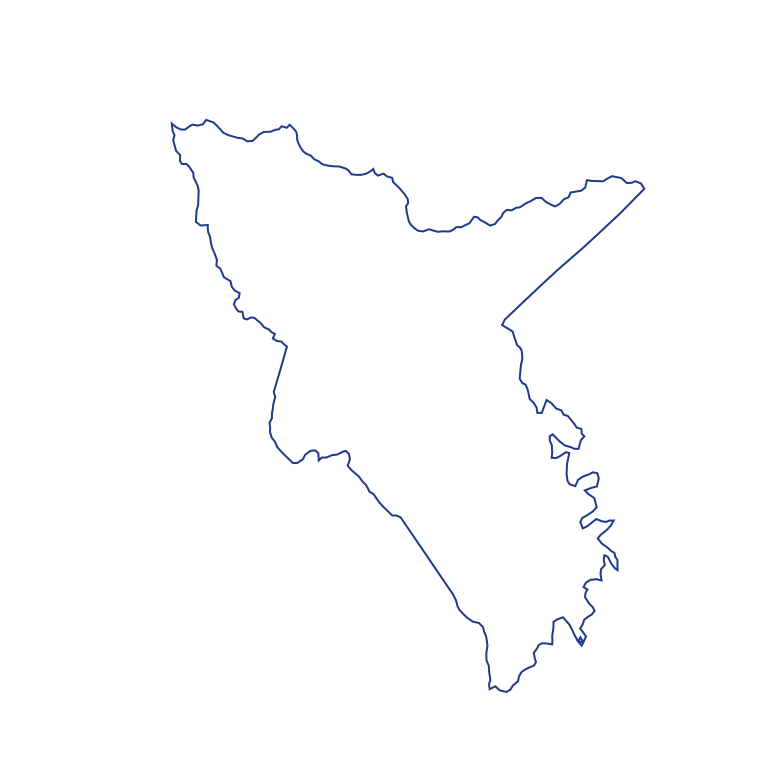 Ipiranga, Paraná, Brazil (Mercator projection), rotated 16°
{"feature_id": "56859067B27547702654677", "entity_name": "Ipiranga", "entity_type": "district", "adm_level": 2, "iso_a3": "BRA", "parent_name": "Brazil", "parent_adm1": "Paraná", "projection": "mercator", "projection_center": [-50.567, -25.008], "detail": "fine", "context": "isolated", "style": "outline", "palette": "blue", "viewbox_px": 768, "rotation_deg": 16, "n_neighbors": 0, "source": "geoboundaries", "source_scale": "gbopen_adm2", "svg_char_len": 4918}
<svg xmlns="http://www.w3.org/2000/svg" viewBox="0 0 768 768"><g transform="rotate(16 384 384)"><path d="M569.7,648.2L574.4,643.9L579.6,646.6L586.6,646.3L589.7,643.0L591.0,638.3L594.7,632.9L594.4,627.5L595.6,622.9L598.7,619.2L602.9,615.6L605.7,613.4L606.8,609.4L604.3,605.8L602.1,601.1L603.9,596.3L604.8,592.2L607.2,589.7L612.6,588.5L617.4,587.9L616.5,583.9L615.1,579.7L614.0,571.4L612.5,565.9L615.8,562.2L620.3,558.9L628.6,564.2L632.9,568.8L636.9,573.4L641.7,578.0L642.6,573.4L646.9,577.2L647.8,571.0L643.7,567.7L639.9,565.1L641.2,560.5L641.4,555.5L643.8,552.1L647.4,548.1L649.0,544.0L645.7,540.6L642.4,539.0L639.1,536.2L635.8,533.2L635.4,529.0L636.2,525.5L631.8,524.2L632.8,519.3L636.5,515.3L642.1,513.1L647.3,512.8L644.5,507.0L643.7,502.1L646.2,497.2L643.7,492.5L643.0,487.9L646.6,488.3L652.2,494.2L656.7,497.4L659.8,498.6L656.9,488.8L653.9,486.3L652.0,482.7L648.3,481.9L644.4,479.8L637.5,477.4L632.1,473.6L633.7,469.5L638.2,463.2L641.0,457.8L642.4,451.9L638.4,453.1L635.4,455.4L631.7,455.9L625.3,455.3L618.5,464.8L614.9,468.0L610.7,462.6L611.5,458.1L615.1,454.6L619.9,448.9L622.4,443.7L617.6,435.7L610.6,433.4L606.4,430.9L611.8,426.8L616.9,423.8L616.5,415.5L613.5,410.9L609.2,411.3L606.2,414.1L600.8,418.1L597.0,422.7L596.0,429.5L590.2,429.2L587.1,426.6L584.3,420.1L583.1,415.3L581.9,410.0L581.2,399.3L577.6,399.4L573.0,404.9L569.9,407.8L565.5,408.7L564.6,403.5L562.2,396.6L558.9,392.6L557.7,388.7L559.8,385.9L563.1,387.6L568.6,390.8L574.8,393.2L581.2,393.2L584.5,393.8L588.8,392.8L588.8,383.7L591.0,379.1L587.7,377.1L586.2,372.9L581.2,372.7L577.3,369.4L569.4,364.0L565.0,364.0L561.9,360.5L556.2,360.1L550.2,356.3L544.7,354.5L543.6,368.4L539.4,369.5L537.2,364.6L533.1,360.9L528.3,358.3L526.3,354.7L523.6,349.7L520.2,345.5L516.9,345.1L513.0,341.6L512.0,336.4L511.2,332.4L510.2,326.5L510.2,322.8L509.2,319.1L507.3,314.2L504.8,311.5L501.4,310.1L497.0,304.0L493.3,298.2L487.3,296.4L481.3,294.8L482.4,288.7L505.7,249.2L518.7,227.7L538.9,196.4L547.7,181.9L563.6,155.5L580.5,124.5L575.6,120.4L569.7,119.8L566.8,122.2L562.2,123.9L555.1,120.6L545.9,121.4L541.4,125.7L538.9,128.7L526.9,131.7L522.9,132.1L523.3,139.8L520.3,143.8L510.6,148.5L509.9,153.7L506.1,156.7L503.1,162.6L499.4,166.2L494.4,165.4L489.2,164.2L484.2,161.7L478.9,163.2L474.2,168.2L470.8,171.0L465.8,176.8L462.4,178.2L458.7,181.9L453.9,182.9L451.4,186.8L450.8,191.0L448.5,195.0L446.5,199.7L442.2,202.5L436.0,200.7L431.4,199.8L428.0,198.0L424.5,198.4L421.8,205.9L415.0,211.9L410.3,213.3L408.3,216.2L405.3,219.2L397.9,221.2L394.1,222.8L390.1,222.9L384.5,222.9L379.5,226.6L374.5,227.3L370.6,226.0L366.3,223.8L363.0,220.8L358.4,212.4L356.2,207.1L357.4,203.4L355.8,199.6L351.1,195.6L344.7,191.4L337.2,187.4L335.0,183.6L329.6,183.6L325.5,181.9L320.8,185.3L317.2,183.9L314.3,180.3L312.2,183.5L308.7,186.9L304.2,189.3L300.2,190.5L294.8,191.4L291.5,188.8L288.0,187.4L280.7,187.3L274.9,188.8L268.5,189.7L264.0,189.7L259.3,187.8L255.2,187.3L250.6,184.6L246.0,184.1L242.3,182.7L238.8,179.9L235.3,176.1L233.2,173.0L232.0,169.4L230.2,165.8L227.0,163.6L221.9,160.8L219.9,164.5L214.8,164.4L212.6,168.2L209.1,169.8L205.7,172.6L198.9,174.9L195.0,178.8L193.3,182.1L190.8,186.5L185.6,188.4L180.3,186.9L175.6,187.7L170.6,187.7L165.8,187.7L160.4,186.8L152.4,181.9L147.7,179.5L144.1,179.3L140.3,179.2L138.3,184.3L133.5,187.0L128.4,187.4L125.9,190.0L122.7,194.2L118.5,195.4L113.6,194.5L108.2,192.2L111.1,199.1L114.0,202.5L114.2,207.9L119.9,217.2L125.0,220.2L126.3,225.7L129.0,228.2L133.5,227.0L136.5,228.6L142.6,233.7L144.1,238.1L147.2,241.3L150.1,244.7L152.4,248.8L153.5,252.8L154.5,257.3L156.0,262.9L156.0,269.1L158.5,280.0L164.0,282.2L170.8,279.7L171.8,283.4L173.4,286.9L176.0,290.1L179.2,296.9L181.6,301.0L184.6,304.4L189.1,310.6L190.3,316.5L194.9,318.3L200.9,325.6L208.0,327.4L210.8,332.4L214.8,335.4L220.2,336.5L220.7,341.1L218.0,344.3L217.8,348.7L220.7,351.9L224.0,354.4L228.0,353.7L231.1,359.6L234.5,359.7L237.8,356.7L241.2,356.2L248.2,359.2L253.3,362.6L258.1,363.2L261.7,365.2L265.3,366.0L264.6,370.9L269.5,372.2L273.6,371.5L277.0,373.4L280.4,374.8L280.4,402.4L280.2,422.0L283.0,426.4L283.1,431.4L283.3,435.2L284.0,439.0L284.4,443.3L285.7,447.7L284.7,452.9L286.7,457.7L287.6,461.6L290.7,466.3L295.3,469.8L298.6,473.9L304.8,477.9L318.3,485.1L322.6,483.7L326.8,478.7L327.8,473.7L331.8,468.5L335.8,466.8L339.9,468.5L342.4,475.5L344.5,471.8L348.7,470.6L353.6,466.8L358.6,464.6L362.6,460.8L365.6,458.8L369.4,460.8L372.0,465.6L371.6,472.5L376.0,475.5L380.2,477.5L385.1,479.7L390.3,483.7L394.1,485.7L396.9,488.3L399.7,491.5L404.5,492.8L408.1,495.9L412.3,499.2L416.0,501.6L422.0,504.8L428.2,508.1L432.3,507.0L436.7,507.6L450.1,518.7L508.3,567.2L512.6,571.8L516.0,577.4L518.6,580.2L524.7,583.9L528.7,585.9L534.6,587.9L541.2,587.6L546.1,590.4L548.5,594.5L551.5,598.1L553.7,602.5L555.6,607.2L556.5,614.4L558.6,621.2L562.4,626.0L564.1,630.9L567.8,639.3L567.7,643.9L569.7,648.2ZM641.7,578.0L646.1,581.0L646.9,577.2L641.7,578.0Z" fill="none" stroke="#1e3a8a" stroke-width="2"/></g></svg>